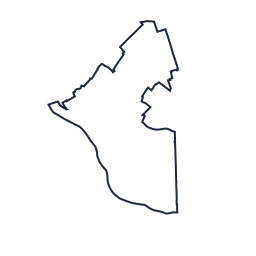 Borcea, Calarasi, Romania (Natural Earth projection), rotated 71°
{"feature_id": "2599482B41605099855928", "entity_name": "Borcea", "entity_type": "district", "adm_level": 2, "iso_a3": "ROU", "parent_name": "Romania", "parent_adm1": "Calarasi", "projection": "natural_earth1", "projection_center": [27.773, 44.309], "detail": "fine", "context": "isolated", "style": "outline", "palette": "slate", "viewbox_px": 256, "rotation_deg": 71, "n_neighbors": 0, "source": "geoboundaries", "source_scale": "gbopen_adm2", "svg_char_len": 5184}
<svg xmlns="http://www.w3.org/2000/svg" viewBox="0 0 256 256"><g transform="rotate(71 128 128)"><path d="M92.9,190.0L93.2,189.8L97.2,186.4L99.7,184.3L100.2,183.8L100.5,183.5L101.3,182.7L103.9,180.2L104.9,179.3L105.7,178.5L108.3,176.1L109.6,174.5L110.6,173.6L114.0,171.6L121.1,169.1L128.1,167.4L134.3,165.2L136.9,164.9L138.9,165.0L141.5,165.4L144.5,166.1L144.8,166.2L145.5,166.2L148.8,166.0L151.0,165.9L153.5,165.2L156.1,164.5L161.0,162.5L163.7,162.5L167.5,163.3L168.2,163.5L168.7,163.7L169.5,164.0L170.9,164.3L172.2,164.6L173.0,164.7L174.1,164.8L175.0,164.8L178.5,164.6L179.1,164.5L180.6,164.3L182.6,163.8L184.3,163.3L185.4,162.8L189.1,160.5L191.8,158.9L193.9,156.4L193.9,156.5L196.1,153.8L200.2,148.6L201.3,146.6L201.7,145.7L201.8,145.7L203.2,143.1L203.9,141.9L205.7,138.1L206.2,137.3L207.8,135.9L208.7,135.3L211.3,133.3L214.2,130.3L216.6,126.1L216.9,125.5L219.1,122.5L221.3,119.8L221.7,118.3L221.9,117.0L222.2,115.7L222.2,114.1L222.3,113.3L223.9,108.9L223.7,108.9L222.4,108.5L216.3,106.5L216.2,106.8L215.9,106.8L215.6,106.7L213.8,106.1L213.4,106.0L213.1,105.9L212.6,105.7L212.0,105.5L211.4,105.3L211.1,105.1L210.9,105.0L209.2,104.5L208.6,104.3L207.4,103.9L207.1,103.8L206.5,103.6L206.0,103.4L205.6,103.3L204.8,103.1L203.1,102.6L197.7,101.0L196.5,100.5L194.2,99.7L194.2,99.8L193.8,99.7L183.4,96.4L182.9,96.2L162.5,89.9L161.9,89.7L161.4,89.6L161.1,89.5L160.8,89.4L160.5,89.4L157.7,88.5L157.4,88.5L157.5,88.4L156.9,88.3L156.7,88.2L155.7,87.8L154.4,87.4L153.2,87.0L152.9,86.9L151.1,86.3L150.5,86.2L150.4,86.1L150.0,86.0L148.2,85.4L146.8,85.0L146.7,85.3L145.8,86.5L145.1,87.4L143.9,88.4L143.1,89.2L141.8,90.7L141.5,91.2L140.9,92.3L140.8,93.1L140.4,94.4L139.5,99.6L138.3,102.7L137.2,104.7L136.5,105.5L134.4,108.1L133.6,108.9L131.9,110.1L130.3,110.7L128.2,111.8L127.1,112.6L125.9,111.8L123.4,109.4L122.8,108.8L122.6,108.6L122.3,108.2L121.8,108.6L121.5,108.7L121.5,108.8L121.3,109.0L121.2,109.2L120.9,109.6L120.5,110.0L120.2,109.2L119.5,107.9L116.9,102.7L115.9,100.4L115.5,100.0L112.0,102.3L110.2,103.4L110.0,103.6L107.4,106.5L105.7,105.3L104.4,104.4L103.8,104.0L103.7,103.9L102.9,104.4L101.6,102.8L100.0,100.9L97.5,97.6L96.3,96.0L97.5,95.1L98.4,94.6L99.4,93.9L100.0,93.5L99.6,93.0L99.2,92.5L98.2,91.2L96.3,88.8L95.8,88.1L96.0,88.0L96.0,87.9L95.9,87.4L95.8,87.2L95.6,86.4L95.2,85.1L94.9,84.1L94.9,83.9L96.1,83.1L98.6,81.3L99.4,80.8L99.5,80.7L100.6,79.9L100.8,79.9L102.0,79.1L105.1,77.0L105.7,76.7L106.2,76.3L106.4,76.2L105.9,75.8L105.1,75.1L104.4,74.6L99.0,74.6L98.0,74.6L97.9,74.6L96.0,74.6L96.3,72.5L95.1,72.5L95.4,69.8L93.2,69.7L90.1,69.4L89.2,69.3L89.5,69.0L89.4,68.9L89.0,68.6L88.9,68.4L88.7,68.4L88.3,68.2L88.6,62.8L89.5,62.8L89.5,62.4L88.9,62.4L88.5,62.0L88.4,61.9L88.3,61.6L88.1,61.5L83.7,61.4L76.6,61.2L76.4,61.2L75.8,61.3L75.7,61.3L75.2,61.3L70.7,61.2L70.0,61.2L69.8,61.1L69.3,61.0L68.8,61.0L68.3,61.0L65.5,60.9L62.6,60.8L52.7,60.5L51.6,60.5L50.8,60.6L46.9,60.5L46.9,61.1L46.9,61.3L46.8,62.1L46.8,63.5L46.8,63.9L46.7,65.2L46.7,66.1L46.6,68.9L39.0,68.8L36.1,68.7L34.4,72.0L33.4,74.7L33.3,74.9L33.1,75.4L33.0,75.5L33.0,75.8L32.9,76.6L32.9,77.0L32.7,78.8L32.7,79.1L32.6,79.4L32.4,80.0L32.1,80.8L32.2,81.2L32.2,81.5L33.4,81.0L34.6,80.5L35.0,80.4L35.2,80.9L35.6,81.7L36.0,82.6L36.3,83.2L36.5,83.5L36.8,84.1L36.9,84.5L37.3,85.2L37.9,86.5L38.5,87.7L38.7,88.1L38.8,88.4L39.4,89.7L40.0,90.8L40.3,91.4L40.6,92.0L41.3,93.8L41.7,94.6L42.0,95.2L42.8,96.9L43.1,97.6L43.8,99.1L44.2,99.8L44.8,101.1L45.3,102.1L45.7,102.9L45.9,103.4L46.3,104.3L46.6,104.9L46.9,105.4L48.5,108.7L48.5,108.9L48.7,109.1L49.1,109.0L50.1,108.6L51.5,108.1L53.7,107.2L54.8,106.9L54.8,107.1L54.9,107.3L55.0,107.4L55.1,107.7L55.2,107.9L55.5,108.2L55.7,108.6L56.9,108.1L57.3,108.6L58.0,109.5L58.6,110.3L59.0,110.8L60.0,112.3L61.1,113.7L62.0,115.0L62.5,115.8L62.9,116.1L66.3,120.7L66.5,121.0L67.1,121.5L67.5,121.9L67.7,122.1L67.8,122.4L67.8,122.5L68.0,122.7L69.5,122.3L69.7,122.2L70.1,123.3L70.3,123.8L70.4,124.0L69.8,124.2L69.2,124.5L68.5,124.7L67.8,125.0L67.4,125.2L67.0,125.4L66.0,125.9L65.9,126.0L65.5,126.2L64.6,126.7L64.2,127.0L63.8,127.4L63.4,127.8L62.7,128.5L62.2,129.2L62.0,129.5L61.9,129.6L61.6,129.7L60.1,130.6L59.8,130.9L59.7,131.0L59.2,131.6L59.0,131.8L58.9,131.9L59.7,133.8L60.0,134.6L60.0,134.8L60.2,135.0L61.4,136.4L62.1,137.2L62.3,137.3L62.2,137.4L62.3,137.5L62.3,137.8L62.5,137.9L62.7,138.0L63.1,138.4L63.5,138.8L64.9,140.5L65.3,140.9L65.9,141.7L66.7,142.6L66.9,142.9L68.2,144.4L68.3,144.7L69.6,146.1L69.6,146.3L69.5,146.6L69.1,147.5L69.3,147.5L69.6,148.0L69.9,148.4L70.1,148.8L70.8,150.0L71.7,151.6L71.8,151.8L72.7,153.4L72.9,153.7L73.7,155.1L74.3,156.1L73.5,157.0L72.8,157.9L72.9,158.2L73.5,158.9L74.7,159.7L75.1,160.3L75.0,161.7L74.9,162.3L74.5,163.5L74.6,164.0L74.8,164.6L75.0,165.3L75.4,165.8L76.5,166.5L76.7,166.9L76.7,167.3L76.6,167.6L76.4,167.8L76.4,168.0L76.5,168.1L78.7,168.3L78.9,168.3L79.6,168.2L80.8,168.0L82.7,176.9L81.8,177.0L81.9,177.3L82.1,178.2L82.8,181.7L85.9,181.2L86.3,181.1L89.2,180.2L90.2,179.9L90.3,179.8L90.3,180.1L90.0,180.4L87.5,182.7L87.0,183.1L86.0,183.8L85.3,184.1L84.6,184.5L84.1,184.7L83.1,185.1L82.0,185.3L81.5,185.4L80.2,185.6L80.1,187.4L80.0,189.6L80.0,195.5L81.4,195.3L85.2,194.6L88.9,193.5L91.7,191.1L92.9,190.0Z" fill="none" stroke="#1e293b" stroke-width="2"/></g></svg>